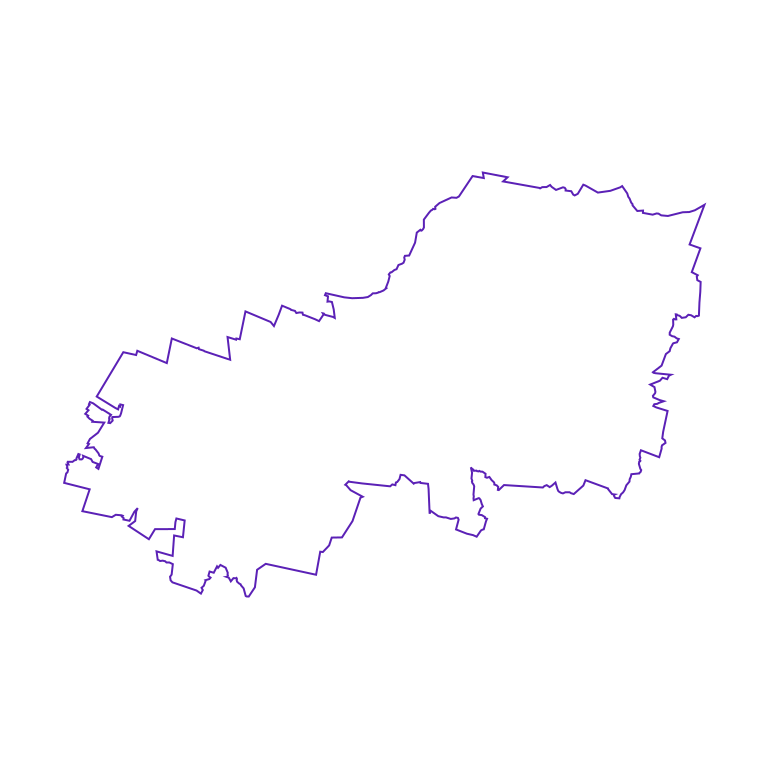 the district of Jesús María, Aguascalientes, Mexico, rotated 192°
{"feature_id": "50627088B43766130092771", "entity_name": "Jesús María", "entity_type": "district", "adm_level": 2, "iso_a3": "MEX", "parent_name": "Mexico", "parent_adm1": "Aguascalientes", "projection": "mercator", "projection_center": [-102.408, 21.935], "detail": "fine", "context": "isolated", "style": "outline", "palette": "violet", "viewbox_px": 768, "rotation_deg": 192, "n_neighbors": 0, "source": "geoboundaries", "source_scale": "gbopen_adm2", "svg_char_len": 6150}
<svg xmlns="http://www.w3.org/2000/svg" viewBox="0 0 768 768"><g transform="rotate(192 384 384)"><path d="M604.3,192.1L581.7,183.3L577.8,194.4L558.5,198.6L559.3,205.6L559.1,209.3L550.6,209.1L548.8,192.3L557.8,192.2L555.0,171.9L571.7,173.0L568.8,165.1L568.5,165.2L566.2,164.3L563.7,165.2L561.1,165.1L559.7,164.2L556.9,164.8L553.1,163.9L552.1,153.4L553.2,151.0L551.9,147.6L549.7,146.0L524.4,143.0L519.5,140.9L518.4,144.8L520.1,146.7L518.3,149.2L517.5,154.8L517.8,155.0L514.3,156.9L513.4,158.5L515.5,159.5L515.9,160.0L515.6,164.3L511.3,164.0L509.4,170.9L508.1,169.7L506.4,173.0L500.7,171.4L497.6,166.9L497.4,165.1L496.9,164.4L497.4,162.8L497.9,162.6L495.6,162.3L492.8,159.1L490.9,162.8L488.4,163.2L488.0,163.6L487.3,162.7L487.3,161.4L486.6,160.1L484.4,158.8L482.5,158.2L482.1,157.4L478.8,154.9L475.2,147.9L474.2,147.6L472.1,148.0L468.0,158.3L469.5,175.9L462.3,183.5L410.8,183.3L411.5,206.7L408.9,206.9L404.1,214.7L403.2,222.9L393.2,225.2L386.3,243.4L383.4,267.9L381.4,269.3L394.6,273.2L399.8,277.1L400.9,277.4L398.2,281.5L397.5,281.2L384.7,282.2L356.7,285.2L355.0,287.5L351.8,287.4L351.9,290.1L350.7,290.9L349.1,294.2L348.9,298.6L345.0,298.9L334.2,292.7L333.8,293.4L328.2,295.6L327.8,294.8L320.2,295.5L318.6,290.7L312.4,266.6L312.0,269.7L303.4,266.0L298.0,265.9L295.6,266.4L290.6,265.9L287.1,267.2L285.9,268.4L283.9,268.4L282.8,266.8L283.3,256.7L271.8,254.8L265.5,254.7L261.6,253.9L258.7,260.9L257.3,262.1L256.2,262.6L255.7,270.8L255.2,273.6L257.3,273.7L257.5,274.8L261.1,276.1L263.9,275.9L264.6,276.5L263.6,282.2L261.8,284.8L263.4,286.9L265.4,290.6L267.0,292.0L267.7,292.0L272.1,289.0L272.7,290.8L272.8,292.7L273.5,294.5L274.5,302.7L275.6,304.4L277.0,305.5L277.7,306.8L277.5,307.6L278.8,309.8L279.4,315.5L281.7,320.5L280.3,319.4L278.8,318.8L278.0,317.8L275.5,318.5L274.9,318.1L273.3,318.2L272.7,318.8L271.4,318.4L269.4,318.7L266.0,317.3L265.5,314.0L263.8,313.7L261.6,315.0L258.8,312.4L256.0,310.7L255.4,309.9L255.2,308.6L252.7,308.3L250.9,307.1L250.6,304.1L249.7,304.1L245.6,310.1L207.1,315.8L205.9,317.5L203.8,318.9L200.5,317.6L198.7,319.4L195.8,323.3L192.6,317.5L191.4,315.7L190.3,315.0L188.1,314.3L186.2,314.2L184.1,315.8L179.9,316.7L178.5,316.1L175.5,315.8L167.9,326.1L166.9,331.8L143.2,328.4L143.2,328.0L138.0,323.7L135.3,323.9L136.1,323.3L136.0,323.0L135.5,322.0L134.1,320.6L130.0,321.1L130.0,322.5L129.2,325.5L127.6,327.7L126.6,330.3L125.9,335.3L123.6,339.6L123.9,341.9L123.3,344.6L123.3,347.2L115.7,349.6L115.6,350.3L114.7,351.4L114.5,353.3L115.6,354.3L118.1,358.9L118.2,361.0L117.3,361.7L117.3,362.3L118.3,363.0L117.9,365.2L118.7,366.5L119.4,368.7L118.9,372.6L99.6,369.6L99.0,378.6L99.4,380.0L99.3,381.8L96.4,384.9L97.4,387.2L100.5,388.7L101.0,395.2L101.0,416.6L112.8,417.7L116.0,418.5L115.4,420.4L112.6,421.4L111.3,422.6L106.8,425.3L111.1,425.6L117.8,426.9L118.5,428.3L116.9,431.4L116.9,432.8L118.8,437.2L123.5,438.8L114.8,444.6L112.9,448.0L108.0,447.6L107.0,451.4L105.3,452.7L120.6,451.0L122.7,451.0L123.4,451.4L116.3,459.7L114.5,471.9L111.4,475.5L111.3,478.5L109.8,483.5L109.5,484.0L106.1,485.7L105.0,489.3L107.2,489.5L109.7,490.7L112.1,490.7L114.8,491.6L115.2,493.7L113.4,500.5L113.4,502.2L114.6,507.1L113.9,508.0L112.8,507.7L111.5,508.0L113.1,512.8L112.0,512.9L111.2,512.2L109.8,512.3L108.5,511.9L106.5,510.6L102.7,512.0L100.7,515.0L97.9,515.1L94.1,513.8L92.8,515.5L91.3,515.6L90.2,516.4L92.4,529.3L93.8,540.0L95.5,549.7L99.1,550.7L100.4,554.1L99.7,555.6L106.2,557.4L102.7,582.5L114.1,584.0L107.8,625.9L116.0,618.6L121.1,615.7L127.5,614.1L141.2,607.4L147.9,606.6L150.9,607.7L152.8,607.5L156.4,605.5L166.3,605.2L166.7,607.5L172.2,605.9L178.0,610.4L178.3,611.6L179.9,612.8L182.4,616.5L184.0,617.9L185.7,621.0L192.2,627.1L193.8,625.5L202.8,620.0L214.6,615.7L228.2,620.0L230.5,620.4L234.0,610.3L236.7,608.1L238.3,608.6L240.9,611.5L246.6,611.0L246.8,612.4L248.0,613.5L249.8,613.6L256.1,609.6L261.0,611.7L262.9,613.2L266.0,610.4L270.1,609.5L272.0,607.8L272.6,608.1L309.6,606.9L306.1,611.9L331.3,611.4L329.2,606.2L340.6,605.8L349.7,583.0L351.8,581.2L356.7,580.5L367.3,572.6L370.8,568.0L370.1,566.0L370.7,565.5L372.4,565.5L372.9,564.5L374.2,563.4L375.6,560.9L379.2,553.1L377.5,545.4L377.9,543.8L378.9,542.1L379.5,541.7L380.5,542.4L383.4,538.9L383.0,528.7L386.1,514.9L390.2,513.7L390.5,511.9L389.6,509.9L390.1,506.7L391.4,505.4L394.6,503.4L395.6,498.9L397.5,497.7L399.9,494.8L400.9,494.5L402.1,492.2L400.9,490.8L401.1,485.1L402.2,478.2L401.7,478.1L403.9,475.4L407.4,472.9L408.4,472.7L408.8,472.1L410.7,471.1L413.9,470.3L415.2,468.3L417.9,465.7L422.5,463.9L433.0,461.3L440.9,460.5L459.8,460.7L460.2,458.6L457.0,458.1L456.4,452.8L454.7,453.4L452.0,453.4L448.7,446.5L445.9,438.4L447.9,439.0L456.2,439.4L457.5,440.4L458.5,440.4L457.6,439.4L460.6,432.0L464.8,433.0L475.6,434.8L477.7,434.9L478.6,436.9L481.6,436.4L484.5,435.2L486.3,437.0L490.4,437.2L490.9,437.7L500.0,439.4L501.4,429.8L503.7,417.8L507.8,421.1L534.6,426.2L534.4,397.8L537.9,397.8L537.9,396.6L546.8,397.4L539.5,375.7L566.5,378.7L567.1,379.1L572.2,379.6L572.9,381.0L574.5,380.0L601.0,384.4L600.8,359.3L632.2,365.2L632.5,360.8L645.6,360.9L662.4,312.0L641.8,304.7L638.8,303.9L638.6,307.4L637.5,307.0L637.7,309.2L634.8,309.1L635.1,300.6L635.5,298.1L635.8,297.4L636.9,296.7L642.8,295.2L642.8,294.1L641.8,291.8L643.7,288.8L645.5,288.7L645.1,292.5L645.5,292.5L645.8,293.5L645.7,295.1L644.6,297.1L653.9,300.5L654.4,300.1L664.4,304.6L667.9,305.2L668.4,302.9L667.6,302.5L669.8,297.8L667.6,296.9L670.0,292.7L666.8,291.5L667.3,290.4L664.8,288.8L661.3,287.5L661.5,286.4L649.6,288.1L653.6,276.9L660.2,269.1L661.6,264.3L660.1,264.0L662.2,259.4L654.7,261.8L653.6,260.5L652.7,260.1L648.8,256.8L647.6,254.9L646.8,254.5L644.4,254.3L645.7,241.6L648.2,242.6L647.0,246.3L652.8,247.2L654.9,249.6L663.4,251.2L662.8,250.1L663.2,248.4L664.0,247.4L666.1,247.0L667.2,248.7L667.0,251.8L668.4,252.0L669.4,247.2L669.1,246.3L669.6,245.5L670.7,245.2L672.5,243.1L677.1,242.2L677.3,241.6L675.8,239.6L677.8,239.1L676.4,236.9L676.8,235.9L675.1,234.5L675.3,231.7L676.3,230.4L676.3,220.8L650.0,219.8L652.6,196.9L622.5,197.2L619.2,200.3L613.5,201.0L612.2,200.8L612.8,199.8L610.8,198.7L610.7,197.3L604.5,197.3L601.6,207.2L599.1,211.4L599.9,207.9L598.9,198.2L604.3,192.1Z" fill="none" stroke="#5b21b6" stroke-width="2"/></g></svg>